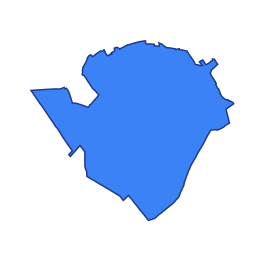 the district of Vorniceni, Botosani, Romania, rotated 188°
{"feature_id": "2599482B8793432480787", "entity_name": "Vorniceni", "entity_type": "district", "adm_level": 2, "iso_a3": "ROU", "parent_name": "Romania", "parent_adm1": "Botosani", "projection": "equal_earth", "projection_center": [26.671, 47.98], "detail": "fine", "context": "isolated", "style": "filled", "palette": "blue", "viewbox_px": 256, "rotation_deg": 188, "n_neighbors": 0, "source": "geoboundaries", "source_scale": "gbopen_adm2", "svg_char_len": 5738}
<svg xmlns="http://www.w3.org/2000/svg" viewBox="0 0 256 256"><g transform="rotate(188 128 128)"><path d="M194.8,158.8L195.3,158.4L195.9,158.1L196.0,158.2L196.9,159.3L199.2,157.9L202.2,156.8L202.7,156.8L203.4,156.9L204.4,156.7L205.5,156.6L206.3,156.4L214.0,154.9L229.3,151.7L228.6,150.9L228.0,150.4L224.3,146.3L223.3,145.2L222.7,144.5L222.1,143.9L218.5,139.8L216.4,137.9L214.5,135.7L213.7,134.9L212.7,133.7L211.2,132.1L207.5,127.9L207.1,127.6L206.6,126.9L200.3,120.1L200.5,120.0L200.3,119.7L200.0,119.5L199.1,118.7L197.6,117.6L197.4,117.3L196.9,116.6L195.7,115.2L195.4,114.8L195.2,114.8L194.8,114.3L194.6,113.9L193.2,112.2L192.9,111.8L190.0,108.4L184.6,102.5L180.0,97.7L182.9,93.3L182.0,92.6L181.1,91.8L180.6,92.5L180.0,93.3L179.4,94.4L173.1,103.9L169.9,100.8L168.2,99.2L167.6,98.5L167.3,98.0L167.2,97.5L167.2,96.1L166.9,95.1L166.7,94.5L166.7,93.6L166.6,93.2L166.1,88.6L165.8,87.8L165.7,86.5L165.4,84.3L164.9,82.8L164.0,80.9L163.3,79.8L162.8,78.7L162.6,77.4L162.3,76.0L162.0,74.4L160.7,73.8L158.4,72.8L156.3,71.9L153.8,71.0L149.3,69.0L145.7,67.6L139.3,64.9L137.5,64.2L136.0,63.5L127.1,59.7L126.4,59.3L126.0,58.9L122.6,55.6L121.1,57.4L118.2,61.3L118.1,61.2L117.5,60.5L114.9,58.4L113.3,56.9L111.6,55.1L107.0,50.8L105.8,49.7L104.7,48.4L103.5,47.5L102.8,46.8L102.1,46.2L101.0,45.1L99.6,43.9L94.9,39.3L89.7,41.9L89.1,42.1L85.5,46.3L83.2,48.5L81.8,50.2L80.3,51.7L79.7,52.4L77.8,54.5L72.9,59.7L71.7,61.3L70.1,63.9L68.2,66.6L68.0,67.2L67.8,68.4L67.4,69.6L67.2,70.9L67.0,71.9L66.4,73.6L66.1,74.3L65.9,75.6L65.4,76.8L65.0,78.2L64.7,79.0L64.7,79.8L64.5,82.9L64.3,83.7L64.1,84.7L62.6,91.5L62.4,92.5L61.7,95.3L61.3,96.2L61.2,97.1L61.0,97.6L60.9,98.1L60.6,99.3L60.4,99.8L60.2,100.5L59.9,101.3L59.5,102.1L58.7,104.1L58.6,104.4L58.3,104.9L58.2,105.4L57.4,107.3L57.2,107.9L56.7,108.9L55.4,113.0L53.7,116.7L52.9,118.8L51.9,121.1L50.2,125.6L48.4,131.0L48.1,131.7L48.0,132.0L47.8,132.4L47.5,133.1L47.4,133.2L47.2,133.6L45.9,137.3L44.8,137.6L43.7,138.0L42.8,138.1L41.8,138.4L41.0,138.5L40.3,138.4L39.5,138.4L39.0,138.5L37.8,139.2L37.3,139.4L36.4,140.1L35.2,140.8L33.8,142.0L33.4,142.3L32.9,142.7L32.4,143.5L32.2,143.8L28.9,146.5L28.2,146.9L29.5,150.0L29.9,151.3L31.1,154.1L31.5,155.1L32.6,157.7L33.6,160.2L31.0,162.7L26.7,166.7L27.1,167.4L28.0,167.9L29.8,168.7L30.4,168.8L31.0,169.2L31.5,169.0L32.0,169.0L32.3,169.3L32.7,169.8L32.9,169.9L34.2,169.8L34.6,169.6L35.1,169.8L35.8,169.9L37.6,171.0L38.2,171.5L38.8,171.8L40.3,173.0L40.5,173.3L40.5,173.7L40.7,173.8L41.1,174.3L42.2,176.7L43.3,178.5L43.4,178.9L43.8,179.3L44.8,179.9L44.9,180.0L45.2,180.5L45.8,181.2L46.1,181.8L47.1,183.2L47.2,183.3L46.9,183.9L46.8,184.4L47.2,184.6L47.8,185.6L48.2,186.3L49.0,187.3L49.8,188.2L50.3,188.5L50.5,188.8L52.2,190.7L54.3,193.8L54.0,194.1L54.0,194.3L53.9,194.8L53.7,195.0L53.8,195.4L53.6,195.7L53.5,196.1L53.5,196.4L53.2,197.1L51.2,199.7L49.9,201.2L48.7,202.9L48.0,203.7L48.5,204.1L48.9,204.4L49.5,205.0L50.6,206.5L51.7,207.6L51.9,208.1L53.0,207.6L53.2,208.1L53.7,208.1L53.4,207.7L53.5,207.5L53.8,207.5L53.8,207.0L54.0,206.5L54.5,206.1L54.8,205.8L55.1,205.6L55.3,205.4L55.4,205.0L56.0,204.4L56.5,204.1L57.3,203.1L59.6,201.5L59.8,201.5L60.5,202.4L60.8,202.7L61.4,203.6L61.8,203.9L62.1,204.2L62.4,204.8L62.7,205.1L63.4,205.7L64.8,205.0L64.5,204.7L66.5,203.4L65.5,202.5L63.9,201.2L63.1,200.4L63.2,200.2L63.3,200.1L63.5,200.1L65.6,200.0L66.9,200.2L67.7,200.3L69.8,200.2L70.5,200.6L70.6,201.0L71.5,202.4L73.7,205.0L75.0,206.4L79.7,211.5L80.1,212.3L84.2,212.7L88.1,212.9L88.2,213.5L88.6,213.3L89.9,213.2L90.3,213.1L91.0,212.5L91.5,212.3L92.1,212.4L92.4,212.8L92.4,213.0L97.3,213.1L100.2,213.0L102.1,213.1L102.2,213.6L103.1,213.9L103.9,214.3L105.9,215.7L106.4,215.9L107.4,216.0L109.1,216.5L108.9,216.2L108.8,215.6L108.5,215.1L108.6,214.9L108.7,214.6L108.6,214.2L108.7,213.6L108.7,213.2L113.5,213.1L113.7,214.5L116.8,214.4L118.5,214.2L119.4,214.1L121.2,213.6L121.4,213.8L121.6,213.9L121.9,214.2L122.4,214.6L122.5,214.9L122.8,216.7L125.4,216.1L129.3,214.8L134.1,212.8L139.1,210.4L139.6,210.5L142.3,208.7L144.1,207.2L146.3,205.8L146.7,205.4L147.0,205.1L147.0,204.9L146.9,204.6L147.5,205.2L148.6,205.9L149.2,206.0L149.7,206.3L150.0,206.3L150.3,206.3L151.1,205.8L151.9,205.6L152.4,205.4L152.7,204.9L152.7,204.6L152.5,204.1L152.0,203.5L151.9,203.3L151.9,202.8L152.0,202.4L152.9,201.8L155.2,199.8L154.7,199.7L154.4,199.6L154.3,199.4L154.2,199.1L154.3,198.9L154.5,198.7L155.4,198.3L156.1,197.9L156.9,197.6L157.5,197.3L157.7,197.0L157.9,196.8L158.2,196.8L158.3,196.9L158.7,196.9L158.8,196.9L160.2,198.5L160.7,199.2L161.0,199.6L161.2,200.2L161.6,200.6L161.8,200.8L162.1,201.7L162.5,202.1L162.9,201.9L162.5,201.3L164.0,200.5L165.5,200.5L166.1,200.3L169.9,196.9L172.0,194.6L172.9,193.8L173.2,193.7L174.1,194.8L174.4,195.0L174.8,195.2L175.3,195.2L175.7,195.0L176.2,194.6L176.7,194.1L177.4,192.8L177.5,192.7L177.7,192.2L177.7,191.8L178.0,191.7L177.9,191.4L177.9,191.1L178.1,190.5L178.2,189.8L178.2,189.5L178.5,188.8L178.5,188.4L178.6,188.0L179.0,187.1L179.1,186.8L179.2,186.5L179.4,185.7L179.6,185.4L179.8,184.8L180.1,184.4L180.1,184.0L180.2,183.8L180.8,182.8L180.9,182.4L180.9,181.9L180.9,181.7L181.2,181.2L181.0,180.7L181.1,179.5L181.2,178.3L180.9,177.8L180.8,177.5L180.7,174.2L178.8,173.7L178.4,173.5L178.0,173.1L173.5,167.8L171.3,165.4L170.7,164.8L169.6,163.4L168.6,162.3L168.2,161.9L167.6,161.5L166.2,160.7L164.5,159.3L163.6,158.3L163.3,158.1L163.0,158.0L161.6,156.5L161.8,156.1L161.9,155.9L162.3,155.1L166.5,148.8L167.5,147.1L167.7,146.8L168.2,146.3L168.9,145.8L169.0,145.6L169.1,145.4L169.3,144.9L169.4,144.1L170.2,143.0L171.6,143.2L176.2,144.2L178.5,144.6L181.2,145.1L182.9,145.3L184.1,145.3L186.5,144.8L187.7,147.4L189.1,150.3L189.2,150.7L189.8,151.8L190.7,153.8L191.6,155.3L192.1,155.9L193.1,157.4L193.7,158.0L194.8,158.8Z" fill="#3b82f6" stroke="#1e3a8a" stroke-width="1.5"/></g></svg>